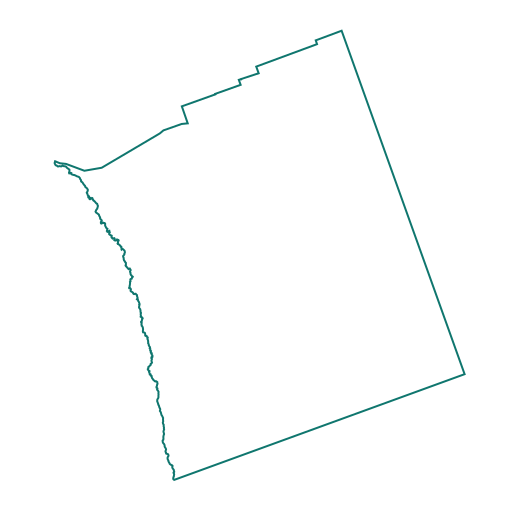 Gobernador Dupuy, San Luis, Argentina, rotated 340°
{"feature_id": "61730980B64718886155143", "entity_name": "Gobernador Dupuy", "entity_type": "district", "adm_level": 2, "iso_a3": "ARG", "parent_name": "Argentina", "parent_adm1": "San Luis", "projection": "equal_earth", "projection_center": [-66.474, -35.326], "detail": "fine", "context": "isolated", "style": "outline", "palette": "teal", "viewbox_px": 512, "rotation_deg": 340, "n_neighbors": 0, "source": "geoboundaries", "source_scale": "gbopen_adm2", "svg_char_len": 6145}
<svg xmlns="http://www.w3.org/2000/svg" viewBox="0 0 512 512"><g transform="rotate(340 256 256)"><path d="M411.6,438.4L413.5,73.6L385.9,73.8L385.8,77.8L321.0,78.1L321.0,85.2L302.7,84.6L302.7,84.9L302.3,85.0L302.0,84.7L300.1,84.6L300.1,89.9L273.1,89.7L273.1,90.2L237.5,90.0L237.2,108.0L231.3,106.5L212.0,106.3L207.6,107.9L141.2,120.3L123.9,117.2L109.0,104.5L103.5,101.8L99.6,98.3L98.6,99.7L98.5,100.3L98.8,102.2L99.7,102.9L100.3,104.0L100.6,104.2L102.0,104.3L103.4,105.1L103.8,105.2L104.9,104.9L105.3,105.1L105.9,105.7L107.6,106.6L108.1,107.2L108.5,108.4L110.2,111.0L109.7,112.6L108.9,113.5L108.7,114.0L108.8,114.5L109.6,114.4L110.6,114.7L110.8,114.9L110.4,115.5L110.5,115.9L110.9,116.4L112.2,117.4L113.2,117.9L113.6,118.4L114.0,118.7L114.8,119.7L116.1,120.7L116.7,121.3L116.9,121.8L117.2,122.7L117.1,123.5L117.5,124.8L117.5,125.2L117.2,125.8L117.2,126.2L117.6,126.8L118.0,127.3L118.2,127.9L118.4,129.1L119.0,131.0L119.3,131.4L119.3,132.0L119.2,132.6L119.4,133.1L120.2,134.3L120.5,135.3L120.6,136.4L119.6,137.9L118.7,138.4L118.6,138.8L118.8,140.0L118.7,141.2L118.9,141.9L119.5,142.8L119.5,143.2L119.2,143.5L118.8,143.1L118.5,143.2L118.5,143.4L118.6,143.9L119.2,144.5L119.3,144.9L119.1,145.6L119.4,145.9L119.8,145.9L120.1,145.6L119.9,144.9L120.0,144.7L120.6,144.9L120.6,145.3L120.9,145.5L122.0,145.6L122.1,145.9L121.8,146.8L121.9,147.2L122.2,147.4L122.3,147.9L122.2,148.2L122.4,148.6L122.7,148.8L123.0,149.3L123.9,151.8L124.6,152.6L124.5,153.5L124.6,154.8L124.4,155.2L123.0,157.2L121.7,158.0L120.4,159.4L120.5,160.3L122.5,163.3L122.4,164.5L122.7,166.4L122.3,167.7L123.1,169.3L123.2,169.8L121.8,171.1L121.5,172.0L121.5,172.3L121.7,172.6L122.6,172.6L123.6,172.2L124.2,173.0L125.0,173.2L125.3,174.0L124.6,175.9L124.8,177.2L124.8,178.0L125.0,178.6L125.7,179.6L124.4,181.5L124.7,182.1L124.7,182.5L125.4,182.6L126.1,182.5L126.4,182.2L126.8,182.2L126.6,183.9L125.9,184.1L125.5,185.4L126.0,186.2L127.3,187.5L126.9,188.1L126.6,189.2L126.8,189.6L127.0,189.6L127.0,190.1L127.2,190.6L128.7,190.7L129.0,190.8L129.1,191.5L128.7,192.0L128.3,192.7L128.9,193.3L129.6,193.5L130.3,193.4L131.0,192.9L131.3,193.1L131.5,193.5L132.1,193.8L132.3,194.3L132.0,194.7L131.5,194.7L131.1,195.3L130.8,196.6L130.2,197.0L130.3,197.5L130.7,197.7L131.6,199.1L132.0,199.8L132.0,200.6L132.6,201.2L132.6,201.5L132.3,201.7L132.4,202.4L132.2,203.0L131.9,203.6L131.9,203.9L132.4,203.7L133.2,203.9L134.1,205.6L134.3,206.2L134.1,207.6L133.8,208.1L133.1,208.7L132.9,209.4L132.6,209.7L131.1,210.6L130.9,211.4L131.0,212.5L130.6,213.7L130.5,215.1L131.0,216.3L130.9,216.8L131.4,217.9L130.8,219.6L130.2,220.2L130.2,220.6L130.3,220.7L130.5,221.0L130.4,221.3L131.1,222.9L131.3,223.7L131.8,224.7L132.4,224.5L133.1,224.6L133.4,226.0L133.4,226.4L132.4,227.3L132.2,228.3L132.3,228.6L132.3,229.1L132.0,229.6L131.9,230.2L132.1,231.4L132.4,231.7L132.6,232.9L133.0,233.1L133.1,233.4L132.0,234.0L131.5,234.8L130.2,234.8L129.8,235.2L129.6,235.8L129.6,236.3L129.4,236.9L128.7,237.2L128.5,238.2L127.4,240.4L127.1,240.7L126.9,241.2L126.7,241.7L125.8,242.6L125.9,243.0L126.8,243.3L127.1,244.4L126.2,245.8L126.4,246.5L127.5,247.7L127.9,248.6L127.8,249.1L127.9,249.5L128.2,250.0L128.7,250.2L129.3,250.1L130.0,250.3L130.5,251.7L130.8,252.1L130.5,252.8L130.4,255.0L130.2,255.3L129.3,255.9L129.4,256.1L129.7,256.2L130.1,256.2L130.1,256.9L129.9,257.9L130.2,258.8L130.2,261.1L130.0,261.7L129.6,261.8L129.6,262.4L128.6,264.0L128.5,264.5L128.6,265.2L129.0,266.4L128.7,268.2L128.5,268.5L128.3,269.2L128.5,269.9L128.3,270.5L127.9,270.8L127.6,271.7L127.5,272.6L126.9,273.5L127.5,274.0L127.3,274.3L128.2,275.5L128.2,275.8L127.7,276.3L127.4,276.3L126.7,277.6L126.3,278.2L125.6,278.4L125.4,278.8L125.8,279.3L125.8,279.6L125.6,280.0L125.0,280.8L125.0,281.6L124.8,282.0L124.7,282.5L125.0,282.9L125.2,284.3L124.8,286.3L123.9,288.1L123.8,289.1L124.7,289.6L125.1,290.0L125.3,290.4L125.2,291.3L124.7,292.9L124.9,293.3L125.8,293.6L125.9,293.8L125.8,294.5L126.4,295.5L126.3,295.9L125.8,296.3L125.6,296.8L125.7,298.2L125.6,298.8L125.4,299.3L125.3,300.1L124.8,300.9L125.0,302.3L124.7,303.3L124.9,304.6L125.2,305.5L124.5,306.5L124.9,307.3L124.3,308.4L124.3,308.9L124.8,309.4L124.1,310.6L124.2,311.5L124.5,311.5L124.8,311.8L124.3,312.5L124.3,313.2L124.6,313.7L124.6,314.5L124.1,315.5L123.8,315.6L123.4,315.2L123.2,315.3L123.0,315.7L122.8,315.9L122.7,316.3L123.0,316.8L123.0,317.2L122.1,318.4L121.9,318.8L121.8,320.6L120.9,321.2L120.2,321.3L120.0,321.5L119.8,322.3L119.4,322.5L118.5,322.8L118.0,323.2L117.0,323.4L116.6,324.0L116.6,324.4L116.4,324.7L115.6,325.3L115.5,325.8L116.0,326.8L116.4,327.4L116.5,327.6L116.1,327.7L115.8,328.1L115.9,329.6L115.7,330.7L116.3,330.9L116.5,331.1L116.5,331.4L116.1,331.9L116.2,332.5L116.9,333.1L116.6,334.2L116.6,335.3L117.1,336.7L117.1,337.2L117.9,338.5L118.0,339.0L118.6,339.5L119.0,339.4L119.4,339.6L120.1,340.7L119.8,341.7L119.8,342.4L118.8,343.4L118.6,344.1L117.8,344.8L117.5,345.5L117.5,345.8L118.0,346.3L118.1,346.7L117.9,347.2L117.4,347.6L117.4,348.1L117.8,349.0L118.0,350.2L117.2,352.0L117.1,352.7L116.5,353.9L116.1,355.2L115.6,356.0L114.2,357.1L113.5,358.6L113.5,361.7L113.3,362.3L113.4,362.7L113.6,363.1L113.4,365.5L113.6,366.3L113.6,367.1L113.4,367.7L112.7,368.7L113.1,370.3L112.8,373.0L113.1,374.2L113.3,376.5L112.8,377.5L112.2,379.7L111.5,380.6L111.4,381.0L111.3,381.9L111.5,382.8L111.5,383.2L111.0,384.2L110.9,385.6L110.4,386.7L110.4,387.4L109.1,389.1L108.9,389.8L108.8,391.5L108.6,392.1L108.0,392.7L107.1,394.2L106.5,396.1L106.2,396.7L105.9,397.1L105.5,397.2L105.0,397.7L104.7,399.4L104.9,400.4L105.2,400.9L105.3,401.5L105.4,402.4L105.0,403.8L105.0,404.3L105.3,405.5L105.4,406.5L105.3,407.1L104.4,408.2L104.0,409.0L104.2,409.8L104.0,410.8L104.1,411.1L104.7,411.4L105.6,412.3L105.6,413.4L105.3,414.0L104.5,414.6L103.9,415.3L103.6,416.2L103.5,416.9L103.7,418.4L103.5,419.0L103.6,420.0L103.8,420.6L103.8,421.7L104.0,422.2L104.7,423.1L104.9,423.5L105.1,423.8L105.4,423.8L105.8,424.5L105.8,424.8L105.4,425.2L105.0,426.1L105.0,426.8L105.6,428.9L105.4,429.7L105.4,430.6L105.2,431.0L104.5,431.2L104.3,431.6L104.5,432.1L104.4,433.2L103.8,434.2L103.3,435.2L102.8,435.5L102.1,436.8L102.0,437.5L102.4,438.1L102.2,438.3L101.8,438.4L411.6,438.4Z" fill="none" stroke="#0f766e" stroke-width="2"/></g></svg>